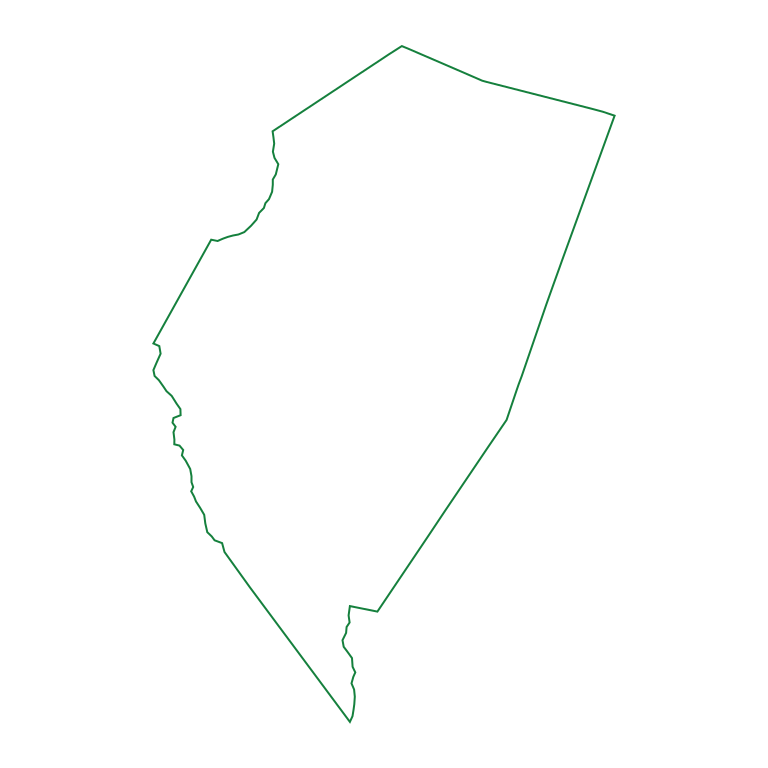 Nova Russas, Ceará, Brazil
{"feature_id": "56859067B90768610355048", "entity_name": "Nova Russas", "entity_type": "district", "adm_level": 2, "iso_a3": "BRA", "parent_name": "Brazil", "parent_adm1": "Ceará", "projection": "orthographic", "projection_center": [-40.574, -4.711], "detail": "fine", "context": "isolated", "style": "outline", "palette": "green", "viewbox_px": 768, "rotation_deg": 0, "n_neighbors": 0, "source": "geoboundaries", "source_scale": "gbopen_adm2", "svg_char_len": 1369}
<svg xmlns="http://www.w3.org/2000/svg" viewBox="0 0 768 768"><path d="M204.2,514.8L205.3,523.4L207.3,532.2L211.7,536.4L214.6,540.3L222.1,543.1L224.5,552.0L249.8,587.2L253.0,591.5L349.9,721.9L352.5,716.2L353.6,709.4L354.3,704.2L354.8,696.7L354.1,689.5L351.5,683.4L353.3,676.9L355.3,672.4L352.6,666.8L352.0,658.1L347.6,652.0L343.7,646.8L342.5,640.2L346.1,632.9L346.6,627.0L349.6,622.5L348.6,615.4L349.9,606.1L377.4,611.6L428.0,536.4L445.0,510.9L488.2,446.9L506.6,419.9L517.0,389.1L518.7,384.2L521.7,376.2L546.3,304.5L553.5,284.3L559.8,266.8L562.1,260.3L614.6,115.7L602.7,111.7L593.0,109.1L486.9,82.0L482.2,80.7L472.1,76.3L407.5,48.4L401.8,46.1L389.1,54.2L272.6,131.3L273.4,136.9L274.2,143.6L272.9,151.7L274.5,157.9L278.3,164.2L275.8,174.4L272.8,179.5L272.8,184.8L272.1,191.8L269.0,199.1L265.4,203.2L263.9,208.0L259.1,212.9L256.6,219.5L251.1,225.7L244.3,232.1L238.4,234.5L233.0,235.5L227.8,236.9L223.1,238.6L217.5,241.0L211.2,239.7L153.4,343.5L159.3,346.1L160.6,353.7L156.7,362.4L153.4,370.1L154.6,376.0L158.9,380.2L163.5,386.7L166.5,391.2L171.7,395.9L176.6,403.7L180.4,409.1L180.6,415.2L173.5,418.0L172.5,422.7L175.6,426.8L173.5,432.2L174.4,439.5L174.3,444.3L179.5,445.6L183.2,450.0L181.9,455.4L185.7,460.7L190.2,469.0L191.5,476.2L191.5,482.2L193.2,487.0L191.2,491.3L194.1,496.6L196.0,501.5L200.1,507.8L204.2,514.8Z" fill="none" stroke="#15803d" stroke-width="2"/></svg>